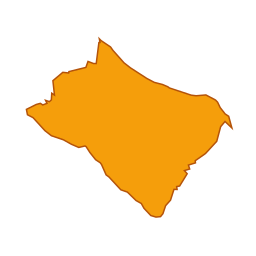 outline of Georgetown, South Carolina, United States of America, rotated 277°
{"feature_id": "52423323B59284003127327", "entity_name": "Georgetown", "entity_type": "district", "adm_level": 2, "iso_a3": "USA", "parent_name": "United States of America", "parent_adm1": "South Carolina", "projection": "natural_earth1", "projection_center": [-79.335, 33.445], "detail": "fine", "context": "isolated", "style": "filled", "palette": "amber", "viewbox_px": 256, "rotation_deg": 277, "n_neighbors": 0, "source": "geoboundaries", "source_scale": "gbopen_adm2", "svg_char_len": 1085}
<svg xmlns="http://www.w3.org/2000/svg" viewBox="0 0 256 256"><g transform="rotate(277 128 128)"><path d="M140.7,231.1L151.9,226.5L153.8,222.7L159.5,217.0L164.5,213.8L166.4,211.5L170.3,201.3L168.3,191.7L168.3,186.7L172.8,164.2L173.8,162.5L175.4,156.9L176.5,148.5L179.5,140.6L188.0,123.1L192.2,116.1L203.1,103.7L206.3,100.8L211.5,90.6L213.0,88.7L209.5,89.8L209.3,88.7L188.1,88.6L187.8,85.9L189.2,80.2L183.0,78.8L176.8,62.5L175.4,62.4L175.3,56.5L165.8,47.7L151.7,51.0L153.2,48.1L146.6,48.5L144.6,46.8L145.4,42.8L142.6,44.6L140.5,40.6L141.8,38.0L140.2,34.1L134.1,24.9L128.9,26.6L126.7,32.5L115.2,45.9L111.0,52.9L108.4,65.4L105.0,73.7L102.7,81.5L104.9,87.5L104.4,88.7L99.0,93.2L92.6,99.7L90.1,104.7L88.5,106.2L78.8,112.0L77.2,114.9L65.8,128.4L64.3,135.2L57.0,144.8L54.7,150.4L50.2,153.7L43.9,161.3L43.0,166.6L44.0,171.1L47.2,173.1L55.5,174.8L61.6,179.0L72.7,181.1L73.0,184.2L75.8,183.4L76.7,186.3L89.8,192.3L92.6,189.2L94.8,194.2L98.6,192.5L101.6,199.2L103.7,198.7L112.1,208.0L125.6,217.7L140.6,219.8L146.3,223.5L140.7,231.1Z" fill="#f59e0b" stroke="#b45309" stroke-width="1.5"/></g></svg>